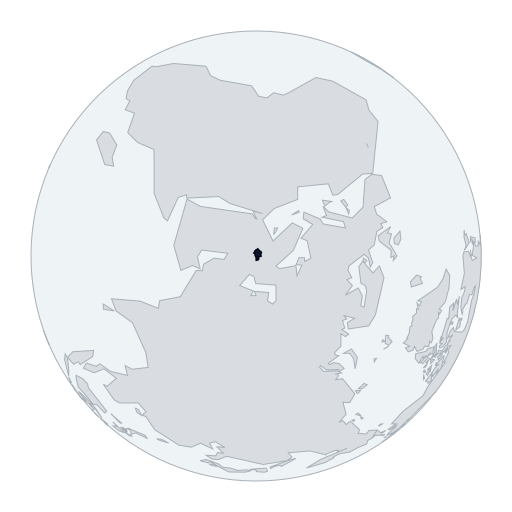 Ninawa highlighted on a globe, orthographic projection, rotated 130°
{"feature_id": "IRQ-3051", "entity_name": "Ninawa", "entity_type": "Province", "adm_level": 1, "iso_a3": "IRQ", "parent_name": "Iraq", "parent_adm1": "", "projection": "orthographic", "projection_center": [43.286, 36.005], "detail": "fine", "context": "on_globe", "style": "filled", "palette": "ink", "viewbox_px": 512, "rotation_deg": 130, "n_neighbors": 0, "source": "natural_earth", "source_scale": "10m", "svg_char_len": 11850}
<svg xmlns="http://www.w3.org/2000/svg" viewBox="0 0 512 512"><g transform="rotate(130 256 256)"><circle cx="256" cy="256" r="225" fill="#eef3f6" stroke="#a8b0b8"/><path d="M240.0,31.3L250.5,31.4L275.8,33.4L285.9,33.9L282.0,34.4L302.6,36.1L317.7,39.8L299.3,35.9L296.4,35.8L306.0,38.1L305.0,38.6L309.1,40.1L307.2,40.7L296.6,39.1L295.1,39.6L302.0,41.3L304.4,43.4L294.5,40.8L297.6,44.3L280.5,43.5L255.7,38.3L244.8,40.5L215.5,42.7L216.8,43.9L206.5,46.3L204.2,48.8L199.4,49.1L201.6,50.9L206.4,50.2L209.0,50.9L208.1,52.5L201.8,52.9L201.4,52.2L199.1,53.2L196.4,52.8L197.2,53.9L189.7,54.6L195.6,56.3L188.5,59.0L183.9,58.8L186.4,55.6L182.0,49.3L178.2,49.1L170.3,51.6L151.3,62.4L146.2,64.0L137.9,68.5L139.7,68.8L146.9,65.5L148.2,67.6L156.8,64.0L158.6,64.5L166.7,62.6L163.2,66.5L155.6,71.6L148.7,73.6L145.2,76.2L149.9,77.5L135.4,85.2L122.9,97.5L119.4,99.4L115.8,96.4L120.3,87.4L115.6,85.7L116.4,90.8L107.6,96.4L105.2,99.3L104.4,101.6L106.8,101.2L103.4,104.2L101.3,99.8L104.4,96.9L105.0,98.1L107.1,94.2L105.6,92.3L101.3,95.8L103.7,90.8L100.6,93.5L99.4,94.3L104.1,90.2L95.7,97.8L96.0,97.4L107.8,86.3L120.4,76.1L133.6,66.8L147.5,58.5L162.0,51.3L177.0,45.0L192.3,39.9L208.0,35.9L223.9,33.0L240.0,31.3ZM30.9,265.0L32.6,280.6L36.2,299.6L38.0,310.8L38.4,314.2L34.7,298.0L32.2,281.6L30.9,265.0ZM247.0,30.9L244.6,31.0L244.3,31.0L247.0,30.9ZM293.4,34.6L288.1,33.7L293.5,34.5L293.4,34.6ZM310.1,40.3L311.8,40.5L313.2,41.3L310.1,40.3ZM168.0,60.6L167.3,61.6L166.2,61.4L168.0,60.6ZM172.1,59.0L171.3,58.2L173.1,57.3L173.6,57.8L172.1,59.0ZM311.5,43.1L313.1,44.6L309.6,42.7L311.5,43.1ZM172.7,60.3L176.4,55.9L179.7,54.5L184.2,55.5L172.7,60.3ZM312.9,45.3L317.0,49.5L321.3,50.1L311.4,51.3L311.2,47.0L306.2,44.4L310.8,45.6L312.9,45.3ZM208.4,49.4L203.2,50.1L208.4,48.2L208.4,49.4ZM211.1,48.0L223.3,41.9L230.4,42.0L224.9,43.8L234.8,43.1L232.3,46.1L226.2,47.1L222.1,46.4L224.3,48.2L211.1,48.0ZM305.3,51.6L304.7,52.6L303.3,51.2L305.3,51.6ZM210.4,51.1L212.3,49.7L218.6,49.6L216.1,52.4L214.8,51.5L210.4,51.1ZM238.6,41.7L242.9,42.3L242.0,44.8L243.5,45.5L232.8,46.2L238.6,41.7ZM212.9,52.3L214.6,53.9L210.8,55.5L209.1,52.5L212.9,52.3ZM221.3,48.4L224.2,48.6L221.7,49.4L221.3,48.4ZM198.1,62.6L200.2,60.5L203.6,60.2L198.1,62.6ZM215.5,54.4L216.8,53.9L218.4,53.6L218.7,55.0L215.5,54.4ZM233.0,48.0L231.7,49.1L237.3,47.8L236.9,50.0L229.8,50.2L232.6,51.0L232.5,51.7L226.9,51.1L233.0,48.0ZM223.8,55.8L214.7,57.3L210.1,60.9L206.9,61.2L214.9,55.3L223.8,55.8ZM226.1,53.0L224.0,54.7L221.1,54.0L220.8,52.5L226.1,53.0ZM239.1,51.4L241.6,48.1L243.1,48.2L239.1,51.4ZM223.1,56.9L225.3,56.6L223.1,57.2L223.1,56.9ZM234.8,53.2L235.5,51.9L237.2,52.1L234.8,53.2ZM229.2,57.1L226.2,57.4L225.9,56.3L229.2,57.1ZM232.2,55.4L234.3,55.9L227.6,55.7L232.3,54.8L232.2,55.4ZM236.3,53.5L237.5,53.2L235.8,54.0L236.3,53.5ZM232.1,61.5L223.7,61.4L223.0,58.8L231.2,59.1L232.1,61.5ZM72.8,309.7L65.6,271.9L71.6,263.4L74.5,249.0L117.6,219.7L124.7,227.0L156.4,232.9L160.0,236.2L154.2,247.0L176.2,268.5L185.9,260.5L208.0,272.6L224.1,274.2L233.6,252.6L207.3,249.5L204.8,237.9L227.6,231.0L250.9,234.2L250.7,229.9L237.7,219.2L244.9,211.8L233.5,214.9L236.8,219.7L229.7,222.0L226.2,217.8L228.9,215.2L222.4,212.5L211.4,226.6L213.5,233.0L195.3,232.8L197.2,243.7L191.6,247.5L186.4,230.7L188.3,225.2L177.0,205.4L173.4,211.0L183.8,230.3L179.7,228.0L174.9,236.7L175.4,228.4L165.0,206.7L149.8,205.4L127.3,221.7L119.1,219.8L113.6,211.6L125.0,190.3L142.1,197.1L146.4,190.5L145.7,177.8L150.9,181.2L152.7,177.1L159.5,179.3L171.6,172.5L178.9,173.8L186.3,162.1L191.0,161.4L185.3,168.4L185.2,174.3L203.5,178.4L207.8,176.5L211.1,168.7L215.7,171.2L216.6,163.2L228.5,162.3L214.8,157.1L218.3,148.8L226.9,143.7L225.6,140.3L211.7,148.7L208.4,153.1L209.4,158.1L198.2,170.3L191.3,171.0L193.8,155.5L184.3,155.1L190.4,144.0L224.3,126.7L237.0,124.7L252.6,138.4L248.2,143.2L240.3,140.4L245.2,150.4L245.9,146.0L249.8,148.3L254.1,141.7L257.1,143.1L256.2,134.7L260.3,135.7L260.8,141.0L270.7,133.0L279.9,133.7L280.7,131.2L279.0,128.5L291.8,131.6L291.9,129.7L287.7,127.9L285.1,123.2L285.5,116.2L289.9,117.7L290.3,120.3L297.9,128.6L298.5,136.1L300.3,136.0L300.9,129.9L291.6,119.8L290.6,115.3L295.7,119.4L293.8,117.5L294.7,115.7L299.6,115.5L294.4,110.8L298.0,91.6L308.0,89.9L312.2,95.3L319.3,85.3L330.1,85.4L326.2,83.6L327.1,78.4L323.7,78.2L321.9,77.0L322.5,65.0L326.1,63.8L322.0,57.7L320.0,57.0L317.1,57.4L311.4,51.3L321.3,50.1L325.3,51.8L328.8,50.4L337.5,54.9L346.2,58.3L353.7,64.9L360.0,67.5L360.6,66.7L369.6,70.2L386.0,81.1L370.0,75.6L344.8,62.7L354.9,67.9L351.7,68.0L354.8,70.8L362.0,74.7L363.3,74.4L370.5,89.2L386.0,104.8L386.9,99.3L392.6,100.5L411.0,116.4L428.3,149.7L436.0,153.9L439.9,159.2L440.6,166.0L435.0,158.4L431.3,159.1L428.0,154.1L427.3,163.4L422.7,156.8L424.4,167.8L429.3,171.3L431.6,165.1L435.1,178.2L443.9,182.5L450.4,193.3L454.2,221.9L449.8,236.7L450.7,240.9L446.0,240.1L444.2,251.8L456.3,266.0L457.4,272.1L452.4,290.5L451.6,286.3L439.4,284.3L440.2,300.0L449.6,305.0L452.9,316.2L447.0,317.1L443.3,307.5L439.0,306.4L437.9,293.4L430.1,277.6L424.0,285.9L422.4,278.1L410.7,267.0L400.8,278.3L386.5,307.7L388.0,327.9L381.6,339.2L365.1,315.8L358.8,297.1L352.2,301.1L335.8,287.8L305.5,292.5L301.8,287.6L296.0,290.9L284.5,286.7L279.2,278.2L272.0,279.3L286.4,301.5L294.3,300.3L301.7,290.5L304.2,298.6L315.3,304.3L300.7,325.8L256.8,345.4L253.6,330.2L226.1,285.8L227.6,280.9L227.5,280.3L227.2,279.3L223.5,287.2L219.2,278.1L232.6,309.8L234.4,322.7L256.1,346.2L253.8,348.6L261.1,353.2L286.0,346.4L285.9,351.3L273.5,374.3L240.0,402.5L245.2,420.0L243.9,433.6L224.7,440.9L228.0,450.2L218.3,452.3L218.8,456.9L211.9,460.6L199.8,462.5L177.5,457.7L174.8,453.8L161.6,443.0L142.8,416.3L147.0,406.6L144.4,396.5L128.5,368.7L131.9,356.5L127.9,349.2L119.6,347.4L115.2,338.5L110.3,336.1L80.8,324.8L72.8,309.7ZM100.6,239.6L98.9,243.7L100.6,239.6ZM274.4,249.2L289.1,249.5L284.5,235.5L289.8,234.6L286.3,230.4L284.1,234.5L275.8,222.8L282.9,218.4L282.1,212.3L277.1,212.0L265.5,222.1L277.3,238.5L273.0,244.5L274.4,249.2ZM107.8,96.7L107.8,97.1L106.3,99.9L105.6,99.4L107.8,96.7ZM107.9,108.7L102.3,113.4L105.8,109.4L103.8,109.3L108.7,101.3L117.9,100.0L112.9,101.8L107.9,108.7ZM117.7,90.9L113.6,95.7L117.8,90.6L117.7,90.9ZM156.1,154.3L157.5,158.0L153.6,161.9L144.4,161.7L150.0,155.8L156.1,154.3ZM160.3,162.5L165.3,148.0L171.2,148.0L167.1,150.3L170.5,151.8L164.7,156.1L165.4,170.9L162.0,175.5L147.0,171.7L153.8,170.2L152.0,166.4L160.3,162.5ZM167.7,115.8L170.0,110.8L179.9,117.1L176.6,121.1L167.3,120.7L165.6,115.9L167.7,115.8ZM180.1,63.5L180.3,62.1L182.0,61.9L183.2,62.8L180.1,63.5ZM198.8,61.7L180.9,69.4L180.2,68.1L170.5,74.8L165.0,74.3L171.5,69.8L160.0,74.8L163.6,70.5L156.0,74.4L171.0,64.6L173.8,61.4L172.8,65.0L177.8,65.5L180.8,64.8L191.4,60.6L199.8,54.6L206.1,54.6L208.3,56.3L207.2,57.7L203.5,57.1L204.7,59.5L198.5,59.8L198.8,61.7ZM230.3,82.5L226.4,80.0L227.9,87.2L221.7,86.6L222.2,87.5L216.8,89.0L211.3,92.5L208.8,91.7L207.7,93.5L204.1,94.7L201.8,97.0L196.5,96.4L193.2,99.2L192.6,97.4L188.4,102.5L189.1,98.5L184.5,100.1L186.2,103.2L163.1,96.8L152.9,98.2L143.9,101.9L146.3,95.1L156.3,87.7L169.4,81.5L178.9,81.5L178.3,78.8L182.6,78.1L181.3,80.5L186.0,76.4L189.2,76.6L200.9,72.7L205.6,67.3L210.0,66.0L209.7,68.2L214.3,65.4L216.8,68.9L220.0,68.2L225.6,71.2L223.4,76.4L227.1,75.2L231.6,77.8L230.3,82.5ZM233.5,62.4L232.2,68.2L228.1,70.8L219.9,64.6L216.7,64.8L211.3,61.4L217.3,57.8L218.3,59.0L220.7,59.4L217.8,60.4L221.9,59.9L223.3,61.7L226.9,61.9L225.5,63.6L233.5,62.4ZM165.5,233.0L168.5,234.5L173.6,235.3L170.6,241.0L165.5,233.0ZM158.1,218.4L161.0,218.5L159.3,226.4L156.2,225.1L158.1,218.4ZM164.1,212.1L161.3,217.9L161.0,214.0L164.1,212.1ZM188.1,168.2L191.5,168.1L191.2,170.0L188.7,172.4L188.1,168.2ZM233.3,105.7L231.7,103.3L233.1,102.6L234.1,96.7L238.8,97.0L240.0,100.7L233.3,105.7ZM228.3,256.1L222.8,259.9L220.7,257.5L223.0,256.7L228.3,256.1ZM194.7,251.0L201.7,255.1L193.8,252.5L194.7,251.0ZM238.6,105.0L238.5,102.5L240.9,104.3L238.6,105.0ZM242.2,97.0L245.4,98.5L239.4,96.4L242.2,97.0ZM320.5,471.7L322.1,471.3L318.5,472.4L320.5,471.7ZM283.2,430.6L269.6,452.7L258.7,453.0L255.9,447.2L260.4,434.0L272.8,429.7L278.7,422.8L283.2,430.6ZM471.3,318.6L472.6,315.8L472.4,316.8L471.3,318.6ZM470.0,319.4L471.9,315.6L469.3,321.9L470.0,319.4ZM472.6,314.2L474.5,308.4L475.4,305.3L475.0,307.3L472.6,314.2ZM468.5,322.1L458.3,336.1L453.6,339.3L455.2,335.0L462.8,326.9L468.5,322.1ZM454.8,335.3L447.1,334.8L432.7,319.7L437.9,316.5L452.2,320.8L451.4,324.2L456.1,326.1L454.8,335.3ZM471.7,298.8L470.7,307.7L465.6,314.9L463.0,317.1L461.3,309.2L462.3,302.7L464.6,299.9L470.8,270.6L473.5,271.0L472.2,282.1L474.3,285.8L471.7,298.8ZM389.2,329.3L394.9,338.6L391.0,342.2L389.2,329.3ZM471.3,253.2L470.1,265.8L470.5,251.0L471.3,253.2ZM470.2,240.7L471.4,244.4L469.5,242.4L470.2,240.7ZM452.5,246.5L450.2,250.5L449.1,247.7L451.5,241.0L452.5,246.5ZM455.4,202.6L459.1,211.0L459.9,214.5L457.1,210.8L455.4,202.6ZM278.6,107.6L272.0,115.1L270.3,121.5L274.3,126.4L265.9,123.1L268.4,113.2L278.6,107.6ZM295.2,93.2L291.6,89.6L295.0,89.4L296.2,90.2L295.2,93.2ZM291.7,92.3L284.0,91.2L283.2,88.1L289.5,89.5L291.7,92.3ZM261.2,97.3L258.9,99.4L257.0,97.9L261.2,97.3ZM449.6,371.3L452.2,366.6L457.2,357.2L449.6,371.3ZM477.4,297.4L474.4,310.6L477.0,299.5L477.6,296.7L477.4,297.4ZM481.1,263.7L481.0,265.4L481.2,260.1L481.1,263.7ZM479.6,280.4L479.4,282.8L479.1,282.9L479.6,280.4ZM480.5,274.5L479.9,279.2L480.1,276.9L480.5,274.2L480.5,274.5ZM475.4,285.3L476.0,288.8L477.9,280.8L476.4,289.1L477.0,294.1L476.3,298.3L475.9,292.6L474.6,302.9L473.7,304.8L473.8,298.1L475.1,286.3L476.0,280.3L479.0,270.0L475.4,285.3ZM480.3,270.8L480.1,266.4L480.1,261.4L480.5,263.0L480.3,270.8ZM478.1,256.4L476.0,253.2L475.1,259.1L475.9,243.0L478.0,248.6L478.1,256.4ZM474.7,244.5L474.0,249.9L474.1,241.3L474.7,244.5ZM473.3,248.5L472.1,244.1L473.2,242.3L473.3,248.5ZM475.3,243.2L473.7,234.6L475.2,238.1L475.3,243.2ZM468.9,234.6L473.1,237.1L469.4,240.5L464.5,225.5L465.7,222.3L468.9,234.6ZM445.6,158.1L442.6,154.6L442.4,151.1L444.5,154.4L445.6,158.1ZM438.9,138.0L441.4,149.1L442.9,158.8L444.6,158.8L448.8,167.2L443.9,163.4L439.5,151.6L439.2,145.6L434.9,139.2L432.0,132.1L426.0,125.9L423.4,121.6L428.7,125.5L438.9,138.0ZM423.4,123.6L411.9,111.9L413.5,108.8L416.3,110.6L420.9,117.1L419.9,118.4L423.4,123.6ZM409.6,108.3L408.5,109.5L389.2,98.3L385.5,95.3L401.0,101.4L400.7,103.0L405.2,106.5L409.6,108.3ZM307.2,53.0L305.0,52.6L306.7,52.2L307.2,53.0ZM320.0,77.0L317.9,75.3L320.0,74.7L320.0,77.0ZM313.1,70.4L312.2,72.3L311.3,69.7L313.1,70.4ZM310.5,76.8L311.0,72.8L313.2,77.6L310.5,76.8Z" fill="#d9dde1" stroke="#a8b0b8" stroke-width="1"/><path d="M249.6,256.0L249.5,255.8L249.5,255.7L249.6,254.7L249.9,254.0L250.0,253.9L250.3,253.9L251.3,253.7L252.8,252.1L253.1,251.9L253.2,252.0L253.3,252.1L253.4,252.3L253.5,252.3L253.6,252.2L253.5,252.3L253.6,252.5L253.8,252.8L254.0,252.9L254.2,253.0L254.3,253.1L254.5,253.2L254.6,253.3L254.6,253.2L254.8,253.2L255.0,253.1L255.5,253.0L255.7,252.9L255.8,252.8L255.8,252.7L256.0,252.4L256.3,252.4L256.4,252.5L256.5,252.5L257.1,252.8L257.2,252.7L257.3,252.7L257.3,252.4L257.3,252.2L257.2,252.2L257.1,251.9L257.3,251.9L257.5,252.0L257.9,252.1L258.0,252.2L258.2,252.3L258.3,252.4L258.3,252.5L258.5,252.6L259.0,252.8L259.1,253.0L259.1,253.3L258.9,253.5L258.7,253.6L258.4,253.7L258.5,253.6L258.4,253.6L258.2,253.7L258.2,253.8L258.0,254.0L257.9,254.0L257.7,254.2L257.6,254.3L257.6,254.5L257.4,254.8L257.2,254.9L257.2,255.0L256.9,255.3L256.7,255.6L256.7,255.8L256.2,256.0L256.3,256.2L256.3,256.3L256.3,256.6L256.2,256.7L256.1,256.9L256.1,257.0L256.0,257.3L255.9,257.4L255.7,257.5L255.1,257.8L254.9,257.9L254.8,258.0L254.7,258.0L254.8,258.2L254.7,258.3L254.7,258.5L254.8,258.6L254.9,258.8L255.0,258.9L255.0,259.0L255.1,259.3L255.2,259.5L253.9,259.6L253.5,259.7L253.4,260.0L252.7,260.1L252.0,260.1L251.8,260.1L251.4,259.9L250.5,259.5L250.3,259.5L249.8,259.3L249.3,259.3L249.3,259.2L249.3,258.9L249.5,258.4L249.5,258.1L249.5,257.9L249.8,257.6L249.8,257.4L249.9,256.8L249.8,256.6L249.6,256.0Z" fill="#0f172a" stroke="#020617" stroke-width="1.5"/></g></svg>